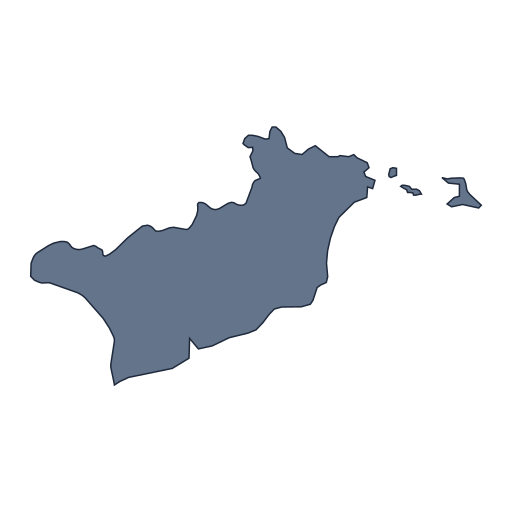 outline of Larnaca
{"feature_id": "CYP-3463", "entity_name": "Larnaca", "entity_type": "District", "adm_level": 1, "iso_a3": "CYP", "parent_name": "Cyprus", "parent_adm1": "", "projection": "robinson", "projection_center": [33.519, 34.89], "detail": "fine", "context": "isolated", "style": "filled", "palette": "slate", "viewbox_px": 512, "rotation_deg": 0, "n_neighbors": 0, "source": "natural_earth", "source_scale": "10m", "svg_char_len": 2591}
<svg xmlns="http://www.w3.org/2000/svg" viewBox="0 0 512 512"><path d="M275.9,127.0L280.9,131.4L284.6,137.5L287.3,147.9L294.7,153.4L302.1,154.5L308.4,149.1L315.3,145.7L329.1,156.7L337.8,156.7L340.1,155.6L348.8,156.7L353.8,154.6L357.0,157.8L367.2,162.7L369.0,167.7L363.9,172.1L365.7,176.5L375.0,180.3L372.6,188.6L367.6,186.9L366.8,197.5L354.3,202.2L338.9,217.4L334.5,226.4L330.5,237.9L327.6,250.7L326.5,263.2L327.7,276.7L326.3,282.5L320.7,285.0L317.1,287.6L313.0,300.2L310.4,304.2L301.3,306.8L281.8,307.0L274.3,309.0L269.2,314.3L263.1,322.4L256.1,329.8L248.0,333.1L229.2,337.7L212.2,345.9L198.4,348.9L189.6,338.4L189.0,358.2L172.3,368.4L128.6,377.4L119.8,381.5L114.4,385.0L114.2,383.5L110.8,367.2L110.8,364.4L114.4,341.2L114.3,338.5L113.2,335.7L109.2,327.7L103.1,318.3L85.2,297.9L82.3,295.4L78.0,292.9L49.9,282.9L48.3,282.7L41.7,283.0L39.3,282.3L34.6,280.3L30.7,276.4L31.1,263.3L33.2,257.8L34.1,256.1L35.6,254.1L37.6,252.5L48.7,245.5L53.7,243.1L60.4,241.5L64.2,241.5L67.2,242.1L69.0,243.6L71.7,247.2L73.8,248.5L76.3,249.3L79.1,249.6L81.8,249.2L93.7,245.5L95.9,246.3L97.6,247.7L101.0,249.4L102.2,250.2L102.7,251.8L102.7,253.6L103.3,255.4L105.3,256.2L109.5,254.2L115.7,249.6L127.7,237.8L142.3,226.1L147.6,225.2L150.3,226.1L152.5,227.6L155.5,230.9L158.5,231.3L162.5,230.5L169.5,227.8L173.8,227.3L184.9,229.3L187.3,229.5L189.5,227.8L192.2,224.5L196.5,215.7L197.7,210.9L197.8,207.2L197.5,205.0L197.9,203.5L199.0,202.5L201.9,202.5L204.1,203.2L205.7,204.1L210.8,208.3L213.2,209.3L215.9,209.6L219.1,208.7L228.1,203.3L231.6,202.3L234.1,202.8L236.1,204.1L238.6,205.0L241.2,205.3L243.8,204.9L246.0,203.2L251.8,187.7L252.6,184.3L253.6,182.4L255.0,180.6L260.4,178.3L260.3,177.8L259.8,176.6L258.2,173.6L256.1,171.8L254.3,169.8L253.1,167.8L251.2,160.4L250.0,156.7L252.9,150.8L252.7,147.4L248.2,147.6L244.0,144.6L243.0,143.5L244.7,138.6L248.4,135.3L252.5,135.3L258.0,136.4L265.3,139.1L269.0,138.6L269.9,131.4L272.2,127.0L275.9,127.0ZM451.6,206.8L447.1,204.0L454.3,197.5L459.4,196.3L459.4,184.2L448.4,183.1L441.9,177.6L447.3,178.9L451.4,178.2L460.3,177.9L463.5,178.2L463.7,178.4L464.5,180.0L465.7,183.5L466.7,189.4L467.6,191.7L469.9,194.5L481.3,205.2L478.7,208.0L462.6,204.5L451.6,206.8ZM404.8,185.3L409.4,186.4L411.7,189.2L414.4,189.2L416.7,189.2L419.5,190.8L421.4,194.1L420.4,194.1L417.6,194.7L415.8,195.2L414.0,195.2L413.5,195.1L413.0,193.0L410.3,192.5L407.6,192.5L406.6,189.7L404.3,188.6L400.7,186.4L402.0,185.3L404.8,185.3ZM393.0,167.7L396.5,168.3L396.5,175.4L393.3,176.5L391.0,177.5L389.2,176.6L388.7,174.7L389.5,171.3L390.2,168.7L393.0,167.7Z" fill="#64748b" stroke="#1e293b" stroke-width="1.5"/></svg>